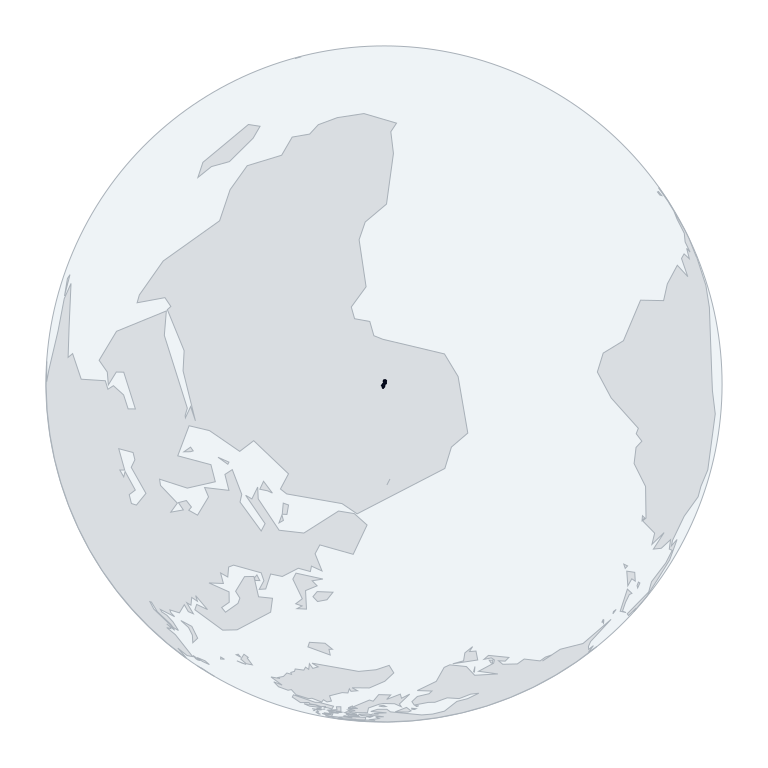 Namentenga on an orthographic globe, rotated 203°
{"feature_id": "BFA-2824", "entity_name": "Namentenga", "entity_type": "Province", "adm_level": 1, "iso_a3": "BFA", "parent_name": "Burkina Faso", "parent_adm1": "", "projection": "orthographic", "projection_center": [-0.489, 13.195], "detail": "fine", "context": "on_globe", "style": "filled", "palette": "ink", "viewbox_px": 768, "rotation_deg": 203, "n_neighbors": 0, "source": "natural_earth", "source_scale": "10m", "svg_char_len": 9696}
<svg xmlns="http://www.w3.org/2000/svg" viewBox="0 0 768 768"><g transform="rotate(203 384 384)"><circle cx="384" cy="384" r="338" fill="#eef3f6" stroke="#a8b0b8"/><path d="M296.0,57.7L294.6,58.2L260.7,70.9L266.8,69.0L257.8,74.1L261.6,74.2L254.2,77.6L263.5,74.9L269.5,71.9L275.6,70.0L278.4,70.1L269.5,74.0L266.8,74.5L265.6,75.8L260.0,77.9L264.4,76.9L253.2,82.3L268.2,77.4L262.7,82.1L254.2,85.7L250.0,84.7L220.0,94.1L210.2,99.2L200.5,106.5L192.9,120.3L184.1,127.0L175.9,136.4L183.0,132.4L191.9,123.8L203.2,119.8L212.8,110.9L218.7,108.3L230.7,100.3L234.2,102.5L231.2,109.4L221.5,116.5L219.9,120.1L233.6,114.8L219.7,130.7L217.9,146.6L213.7,151.2L197.7,156.1L186.7,151.3L165.9,161.6L184.7,156.5L174.0,169.8L174.5,173.1L178.2,173.8L184.4,169.6L181.8,175.0L162.2,181.1L164.2,176.2L170.4,174.0L165.2,172.4L151.9,178.4L147.5,185.6L132.1,190.1L128.7,195.7L123.5,200.4L129.9,190.9L118.1,208.7L99.4,222.9L83.0,256.1L93.2,227.7L93.3,222.3L91.9,219.7L89.0,225.0L91.0,217.0L86.1,224.5L85.5,225.6L98.1,203.8L112.3,183.1L128.0,163.4L145.2,144.9L163.6,127.8L183.3,112.1L204.1,97.9L225.9,85.3L248.6,74.4L272.0,65.2L296.0,57.7ZM65.2,271.9L64.3,276.4L68.5,266.4L70.3,267.5L59.1,296.0L60.5,306.5L54.7,329.4L53.7,343.5L56.9,343.5L59.4,352.6L64.6,341.1L71.5,337.3L68.1,356.7L74.7,341.1L76.6,352.5L92.5,359.1L90.4,362.9L103.2,391.9L122.7,408.5L127.2,424.1L124.3,432.1L132.4,436.8L132.6,442.6L169.4,459.9L192.3,478.4L194.3,498.1L180.5,517.4L180.6,561.4L159.2,570.0L162.3,586.8L160.4,607.9L146.3,601.5L159.2,615.8L158.6,621.0L151.9,618.6L158.4,627.1L153.8,625.0L162.3,632.4L166.5,640.1L178.8,650.4L184.8,656.5L193.1,662.4L191.1,661.2L192.0,662.0L196.0,664.8L193.0,662.8L167.0,643.0L162.6,639.2L159.8,636.8L146.3,623.2L147.5,625.0L126.3,600.6L114.4,581.6L85.8,520.4L79.1,506.2L67.4,485.9L52.4,431.5L52.3,413.6L50.8,402.9L56.0,379.7L57.3,352.7L56.2,347.4L53.5,355.4L52.3,333.6L55.6,312.3L59.2,290.8L65.2,271.9ZM77.8,267.1L79.8,290.3L74.0,288.2L75.9,286.0L76.4,277.5L75.7,268.1L71.9,268.2L77.8,267.1ZM89.2,251.9L88.4,249.5L89.8,250.5L89.2,251.9ZM227.9,99.8L229.2,100.1L226.3,101.4L227.9,99.8ZM231.8,96.4L227.5,97.7L228.7,96.3L231.4,95.5L231.8,96.4ZM236.9,95.1L231.4,93.7L233.7,91.4L245.6,86.6L236.9,95.1ZM270.3,71.0L264.0,74.2L266.7,71.6L270.3,71.0ZM270.5,70.0L270.0,66.9L280.7,63.0L278.7,64.5L290.4,60.1L295.9,59.6L290.6,61.9L282.7,64.3L290.8,62.5L270.5,70.0ZM278.3,69.1L277.3,68.5L286.4,64.9L290.2,65.5L286.0,66.4L278.3,69.1ZM290.9,59.5L298.3,57.4L304.8,56.3L308.5,55.5L296.9,59.3L290.9,59.5ZM285.3,67.3L291.8,66.1L290.0,68.0L279.9,69.5L285.3,67.3ZM287.2,63.9L291.7,62.4L290.4,63.4L287.2,63.9ZM287.3,75.3L285.8,73.9L290.5,71.9L287.3,75.3ZM294.4,65.5L295.0,64.9L296.7,64.1L300.5,63.8L294.4,65.5ZM302.3,58.6L303.4,58.8L307.4,56.9L312.3,56.5L303.7,59.4L309.5,58.0L311.0,57.9L302.2,60.4L302.3,58.6ZM309.4,61.4L300.0,65.8L301.7,68.3L297.6,70.0L295.7,65.8L309.4,61.4ZM305.9,60.5L307.1,61.3L301.4,62.7L297.1,63.1L305.9,60.5ZM318.9,55.5L313.4,55.2L315.5,54.7L318.9,55.5ZM311.0,61.7L313.2,60.7L311.7,61.7L311.0,61.7ZM317.7,56.9L315.5,56.7L317.9,56.1L317.7,56.9ZM319.4,59.1L316.4,60.3L313.4,60.4L319.4,59.1ZM319.5,57.8L323.4,57.0L314.1,59.7L318.2,57.8L319.5,57.8ZM320.3,56.3L321.1,55.9L320.9,56.5L320.3,56.3ZM332.7,58.4L321.7,61.8L315.0,61.8L326.6,58.4L332.7,58.4ZM195.3,664.3L197.0,665.4L193.7,662.9L207.7,671.7L207.5,672.1L197.6,665.9L195.3,664.3ZM201.9,666.0L203.9,665.7L207.3,667.6L206.6,668.4L201.9,666.0ZM703.2,273.0L695.4,254.3L698.1,266.6L704.8,305.7L711.7,337.6L711.4,354.3L696.3,313.8L685.2,285.1L682.5,290.3L664.6,270.1L641.8,278.1L636.1,271.3L632.4,276.7L619.4,272.2L609.8,261.1L603.1,263.9L628.2,293.2L635.1,290.4L637.4,275.5L643.4,286.9L655.5,294.5L650.8,328.0L612.9,366.2L605.2,342.9L555.6,284.9L554.8,277.5L554.4,276.7L553.6,275.3L553.2,287.7L543.2,276.4L574.1,317.6L581.0,336.6L612.5,367.8L610.5,372.1L619.4,377.9L643.0,362.3L644.0,370.4L635.3,411.0L599.1,470.0L601.6,502.7L595.2,531.5L567.6,554.6L565.0,575.4L550.1,585.0L545.8,597.0L531.0,611.0L508.1,625.1L474.4,629.0L476.3,618.9L465.4,599.9L452.0,550.6L464.6,525.8L463.3,507.1L438.5,466.5L444.2,442.1L436.6,432.6L421.5,436.0L412.2,424.5L402.6,424.7L340.1,435.3L318.7,419.8L287.7,371.6L297.3,352.3L295.0,330.0L358.0,254.0L375.9,257.5L430.6,244.8L438.3,246.9L436.8,264.0L481.8,280.9L490.5,265.6L526.4,272.9L547.1,269.4L545.8,237.3L511.8,242.1L501.1,228.1L524.4,211.3L553.4,208.7L550.1,203.3L527.7,193.6L530.2,182.7L519.5,189.7L526.9,194.5L520.4,199.5L513.2,195.5L514.4,191.5L504.4,190.4L501.4,211.5L508.7,218.6L485.2,225.5L495.1,238.6L490.2,245.9L471.8,226.8L470.4,219.1L439.6,200.7L438.9,209.0L467.9,227.5L460.7,226.6L460.0,239.8L454.9,229.1L423.4,208.4L399.5,215.5L376.2,249.3L360.7,253.1L344.5,247.6L345.8,215.2L380.2,210.8L381.1,200.8L368.0,187.7L379.6,188.0L378.5,182.6L390.9,180.9L402.4,167.1L414.1,164.8L412.8,149.1L418.6,146.2L417.7,156.0L423.3,162.2L451.7,158.5L455.5,154.8L452.4,145.3L460.6,146.2L453.9,137.6L467.4,132.5L445.4,132.1L441.2,122.6L446.1,114.8L440.7,112.0L432.7,125.0L433.0,130.6L439.6,135.2L437.1,152.2L428.6,156.0L416.3,139.1L402.9,143.2L399.2,129.7L423.2,100.3L436.3,94.4L469.9,102.3L470.3,107.9L458.3,107.4L474.7,115.6L470.8,111.1L477.6,112.4L475.3,105.0L480.0,105.6L469.7,98.0L475.2,98.0L481.6,102.8L482.9,93.4L492.8,92.4L490.8,90.2L485.8,88.0L501.7,89.1L499.5,87.4L493.5,86.3L485.3,82.6L476.9,76.8L482.8,77.5L486.7,79.6L503.6,85.8L512.9,92.4L514.5,92.2L507.8,86.8L487.1,79.0L480.4,75.5L490.3,78.3L486.2,77.0L484.7,75.5L488.8,74.9L478.0,71.7L453.6,58.3L459.1,57.1L470.6,60.3L459.9,55.2L466.9,56.4L461.4,55.1L458.4,54.4L482.0,60.6L505.2,68.6L527.7,78.2L549.5,89.4L570.4,102.1L590.3,116.3L609.1,132.0L626.7,148.9L643.1,167.1L658.1,186.4L671.7,206.8L683.8,228.1L694.3,250.2L703.2,273.0ZM341.9,292.2L341.4,298.9L341.9,292.2ZM588.2,222.9L602.9,220.8L589.1,203.5L593.6,201.6L587.3,196.8L588.1,202.3L571.5,189.2L575.3,182.6L569.8,175.3L564.6,175.8L560.4,190.3L584.1,208.5L583.7,216.9L588.2,222.9ZM93.1,359.1L94.6,363.7L91.7,362.6L93.1,359.1ZM70.8,295.4L72.3,297.3L72.4,301.1L70.7,300.8L70.8,295.4ZM89.9,308.5L92.9,311.9L88.7,311.7L89.9,308.5ZM80.7,293.5L87.4,306.6L79.6,308.6L75.7,300.7L79.8,301.5L80.7,293.5ZM83.5,261.9L83.9,264.2L82.2,267.2L83.5,261.9ZM90.2,252.8L89.6,252.7L90.4,249.5L90.2,252.8ZM175.1,169.4L176.6,169.1L179.3,170.9L175.9,172.3L175.1,169.4ZM204.5,168.1L199.8,176.9L200.8,171.1L195.0,174.1L189.9,166.6L211.4,153.3L202.6,160.3L204.5,168.1ZM189.1,154.1L189.9,159.5L188.2,154.2L189.1,154.1ZM360.2,157.8L366.3,160.5L364.4,166.8L349.6,172.4L352.2,163.1L360.2,157.8ZM375.5,163.2L367.4,146.5L376.3,143.2L372.7,147.7L379.4,147.2L375.3,154.4L391.7,168.8L391.1,175.5L364.0,180.6L373.2,174.8L366.7,172.1L375.5,163.2ZM331.0,118.3L327.6,113.5L351.3,112.3L351.7,117.1L337.0,122.3L327.8,119.7L331.0,118.3ZM259.0,88.0L256.1,87.9L258.6,86.6L263.0,85.5L259.0,88.0ZM286.2,74.8L273.9,87.4L270.0,87.8L267.5,96.0L256.3,100.4L258.3,94.7L247.8,104.9L245.1,101.6L239.1,108.6L244.8,95.5L242.0,93.7L249.4,93.8L259.8,89.6L263.4,87.3L271.7,79.7L270.8,74.9L280.9,70.8L288.3,69.3L290.1,69.8L282.9,72.1L290.4,71.2L281.4,75.0L286.2,74.8ZM369.1,66.8L360.1,67.0L373.6,70.2L364.7,72.2L366.8,72.5L362.3,75.5L360.5,80.0L355.7,80.6L357.1,82.1L354.1,84.5L354.4,87.0L346.0,89.3L345.6,92.7L341.8,91.9L343.4,97.4L338.4,94.4L334.1,97.9L341.2,98.9L295.1,109.5L279.6,117.9L269.3,127.0L262.1,121.9L267.1,110.7L278.7,98.5L294.7,91.9L288.5,91.3L294.3,88.2L296.8,89.9L296.5,85.5L301.9,83.6L312.3,75.7L308.5,71.6L312.2,69.1L316.4,69.7L317.1,66.9L327.5,66.6L330.4,64.9L343.5,63.6L349.9,66.5L352.7,64.6L362.8,64.1L369.1,66.8ZM336.4,58.1L346.1,60.0L345.9,62.5L323.1,64.1L319.1,65.6L304.5,67.7L305.0,64.4L309.1,64.0L313.2,62.9L311.4,64.4L316.0,62.4L321.8,62.0L326.9,60.6L328.7,61.5L336.4,58.1ZM444.1,240.0L449.4,240.2L457.2,238.6L456.9,247.4L444.1,240.0ZM422.4,226.0L426.8,224.4L430.2,235.0L424.6,235.3L422.4,226.0ZM426.4,215.1L426.8,223.6L423.3,219.1L426.4,215.1ZM421.5,154.5L425.9,152.8L427.5,154.9L426.4,158.6L421.5,154.5ZM407.3,80.5L402.2,79.3L402.8,78.3L395.5,74.0L401.5,72.7L408.3,74.8L407.3,80.5ZM541.7,243.4L537.4,250.3L533.5,247.9L535.8,246.0L541.7,243.4ZM496.4,249.1L508.2,251.7L496.2,251.5L496.4,249.1ZM412.7,78.3L409.0,76.5L414.3,77.0L412.7,78.3ZM405.6,71.6L411.3,71.7L401.4,72.0L405.6,71.6ZM593.1,648.8L590.3,651.4L588.0,652.9L593.1,648.8ZM637.3,517.3L610.2,569.9L598.8,572.8L600.5,559.2L613.2,528.3L627.8,516.7L636.0,501.4L637.3,517.3ZM712.5,340.2L716.6,357.4L715.8,362.0L712.5,340.2ZM458.9,71.1L462.3,78.0L468.8,83.5L478.6,86.9L466.2,85.8L456.2,77.2L458.9,71.1ZM453.7,59.5L445.0,57.6L447.6,57.2L450.0,57.6L453.7,59.5ZM449.2,59.2L440.7,59.3L435.1,57.5L442.9,57.7L449.2,59.2ZM427.0,67.0L427.6,68.9L423.3,68.3L427.0,67.0ZM444.3,51.5L445.7,51.8L441.1,50.9L441.2,51.0L444.3,51.5ZM429.1,49.1L431.6,49.5L425.9,48.7L426.6,48.8L429.1,49.1ZM438.9,50.9L431.6,49.5L442.1,51.4L438.9,50.9Z" fill="#d9dde1" stroke="#a8b0b8" stroke-width="1"/><path d="M383.3,388.1L383.3,387.5L383.2,387.2L382.9,387.1L382.9,386.7L382.8,386.4L382.5,386.1L382.3,385.7L382.2,385.4L382.2,385.2L382.3,385.1L382.7,385.4L382.8,385.3L382.9,385.2L382.9,384.7L382.9,384.3L383.0,384.0L383.1,383.6L383.0,383.3L382.9,383.0L382.9,382.6L382.7,382.5L382.7,382.3L382.5,381.7L382.5,381.4L382.6,381.2L382.8,381.0L382.9,380.8L383.0,380.4L383.0,380.1L383.0,379.9L383.3,379.7L383.6,379.8L383.8,380.0L384.1,380.3L384.2,380.5L384.3,380.8L384.4,381.0L384.5,381.1L384.7,381.3L384.9,381.4L385.3,381.4L385.5,381.5L385.4,381.8L385.4,382.0L385.5,382.2L385.5,382.3L385.3,382.5L385.1,382.7L385.1,382.9L385.2,383.0L385.2,383.3L385.1,383.6L385.0,383.8L385.1,384.0L384.9,384.4L384.7,384.7L384.7,385.2L384.7,385.4L384.8,385.6L385.0,385.9L385.1,386.0L385.4,386.2L385.7,386.4L385.5,386.9L385.6,387.0L385.7,387.3L385.7,387.5L384.6,388.3L384.3,388.3L383.3,388.1L383.3,388.1Z" fill="#0f172a" stroke="#020617" stroke-width="1.5"/></g></svg>